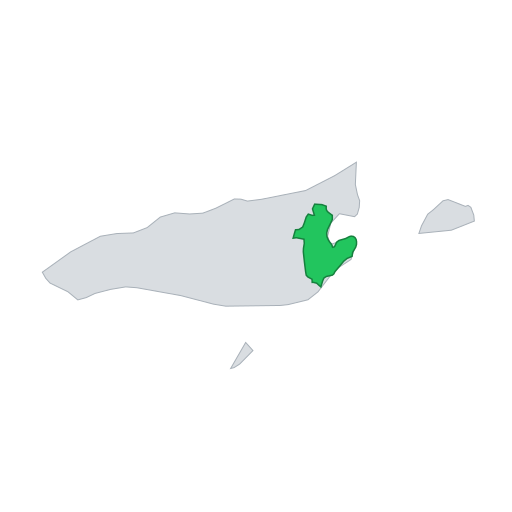 location of Bobonaro within East Timor, rotated 194°
{"feature_id": "TLS-547", "entity_name": "Bobonaro", "entity_type": "District", "adm_level": 1, "iso_a3": "TLS", "parent_name": "East Timor", "parent_adm1": "", "projection": "equal_earth", "projection_center": [125.15, -8.979], "detail": "fine", "context": "in_parent", "style": "filled", "palette": "green", "viewbox_px": 512, "rotation_deg": 194, "n_neighbors": 0, "source": "natural_earth", "source_scale": "10m", "svg_char_len": 1916}
<svg xmlns="http://www.w3.org/2000/svg" viewBox="0 0 512 512"><g transform="rotate(194 256 256)"><path d="M181.3,371.3L176.9,349.4L172.4,340.1L168.8,334.7L167.6,328.1L167.8,321.2L169.9,318.0L185.3,317.2L191.4,306.0L191.3,292.5L188.3,287.9L185.3,286.0L169.4,296.1L164.9,294.3L162.1,290.6L163.0,275.6L176.1,261.6L187.2,236.2L195.0,226.1L213.1,216.6L220.4,213.9L273.2,200.0L285.7,199.0L319.2,199.4L363.9,196.4L375.0,194.5L389.3,188.3L403.2,180.7L410.6,174.6L418.3,170.3L429.8,175.8L449.3,179.9L454.6,183.5L459.4,188.6L436.7,215.3L411.8,237.5L396.5,244.1L380.6,248.7L368.5,257.2L358.3,270.6L345.3,278.2L330.6,280.7L318.0,284.7L306.6,292.6L290.8,306.1L284.4,307.5L277.6,307.2L264.5,312.3L223.6,331.6L199.0,353.1L181.3,371.3ZM52.6,342.7L72.7,328.3L103.4,317.3L102.7,325.4L99.5,338.1L94.9,344.1L87.9,354.8L83.3,357.2L64.8,354.8L62.5,356.4L59.3,355.2L54.6,348.4L52.6,342.7ZM253.4,140.7L245.1,169.6L236.1,163.5L245.7,147.2L250.3,142.4L253.4,140.7Z" fill="#d9dde1" stroke="#a8b0b8" stroke-width="1"/><path d="M166.2,298.5L164.4,297.8L162.9,296.3L161.9,294.2L161.3,291.6L161.4,288.7L163.1,283.0L162.7,278.9L167.0,275.7L169.6,272.2L175.6,259.9L176.2,257.4L177.3,255.9L182.9,253.1L184.8,251.0L185.3,248.0L185.6,241.7L188.0,242.9L190.5,244.3L194.2,244.3L195.1,244.0L196.0,247.0L200.6,248.2L202.6,249.5L204.1,252.9L207.6,262.0L211.1,271.5L211.8,274.9L212.2,279.9L213.5,283.9L221.3,283.5L224.3,282.3L224.2,286.9L224.0,291.0L220.7,292.1L217.7,295.4L217.1,299.8L216.7,306.0L215.4,309.3L211.3,309.0L209.2,309.7L212.6,315.4L211.6,320.5L204.5,321.8L199.9,321.3L199.4,319.0L198.5,317.3L196.7,316.0L192.5,314.2L191.8,314.0L191.6,313.0L191.1,311.3L190.8,309.7L193.0,299.1L193.0,295.5L192.0,292.2L190.1,289.5L187.9,287.3L185.5,285.5L184.6,284.4L184.2,283.4L183.6,283.0L182.3,283.8L181.9,284.7L181.3,288.0L180.9,289.2L179.2,291.2L173.3,294.6L170.1,297.4L168.5,298.3L166.2,298.5Z" fill="#22c55e" stroke="#15803d" stroke-width="1.5"/></g></svg>